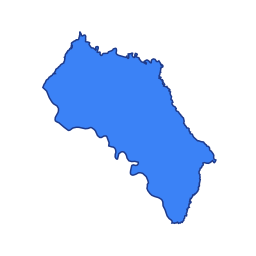 Belalcázar, Caldas, Colombia (Mercator projection), rotated 108°
{"feature_id": "7082276B3626983095163", "entity_name": "Belalcázar", "entity_type": "district", "adm_level": 2, "iso_a3": "COL", "parent_name": "Colombia", "parent_adm1": "Caldas", "projection": "mercator", "projection_center": [-75.815, 4.994], "detail": "fine", "context": "isolated", "style": "filled", "palette": "blue", "viewbox_px": 256, "rotation_deg": 108, "n_neighbors": 0, "source": "geoboundaries", "source_scale": "gbopen_adm2", "svg_char_len": 5735}
<svg xmlns="http://www.w3.org/2000/svg" viewBox="0 0 256 256"><g transform="rotate(108 128 128)"><path d="M166.4,42.1L165.4,42.2L164.7,41.9L164.1,42.0L163.3,42.6L162.6,42.7L162.2,42.4L161.7,42.7L161.2,42.2L160.2,42.4L159.5,42.9L158.9,42.8L158.4,43.2L157.0,43.0L156.3,43.3L154.7,43.3L154.4,43.5L154.4,43.9L153.8,44.3L152.6,44.2L150.9,45.1L150.1,45.1L149.4,46.3L147.4,47.0L145.6,46.6L144.0,46.9L143.3,46.0L142.6,45.8L141.4,45.9L140.8,45.4L140.0,45.1L139.4,45.2L138.2,45.9L137.3,44.7L137.2,42.4L136.7,40.5L135.3,39.0L132.9,37.5L134.3,35.6L134.3,35.2L133.1,34.6L131.3,34.5L131.2,36.1L130.9,36.7L129.4,37.5L127.4,38.0L126.3,39.0L124.6,41.3L124.2,42.0L124.1,42.8L123.5,43.6L121.8,44.3L121.1,45.1L120.7,45.9L120.8,47.6L119.9,48.2L119.6,49.4L119.0,50.2L119.0,50.6L118.2,51.4L118.0,51.9L118.4,54.5L118.3,56.9L118.6,57.4L118.4,58.4L116.5,62.6L115.7,63.6L114.1,64.9L114.1,67.0L113.3,67.6L112.6,67.4L112.4,68.5L112.0,68.6L111.2,69.3L109.8,69.7L109.5,70.6L109.7,72.2L108.5,73.3L107.6,75.0L106.8,75.4L106.6,76.1L106.3,76.5L104.2,76.7L101.3,78.4L100.9,79.6L100.2,80.4L99.9,81.4L99.0,82.1L98.5,83.4L97.2,84.9L96.9,85.6L96.9,87.0L96.6,87.5L95.5,88.4L94.8,88.1L94.4,88.2L94.2,89.0L93.4,89.6L93.0,91.8L91.7,93.5L90.3,93.9L90.0,93.8L89.7,93.3L87.9,94.6L87.8,95.7L87.4,96.0L84.7,96.3L83.5,97.7L82.0,98.7L81.3,98.8L80.6,98.7L80.0,100.6L79.7,100.6L79.1,99.9L78.7,100.0L78.0,101.4L77.8,102.5L77.1,103.1L77.2,103.5L76.5,103.9L77.0,104.7L77.1,107.1L76.3,107.1L75.6,106.6L75.2,106.6L74.8,107.2L75.7,108.0L75.6,108.4L74.8,109.0L73.7,108.5L73.6,109.0L73.1,109.1L73.0,109.8L72.4,110.0L72.1,109.6L71.5,110.3L71.9,111.1L71.4,112.3L69.7,112.3L69.7,112.7L70.8,113.1L71.1,113.7L71.0,114.0L69.7,113.5L69.3,113.7L69.4,114.3L68.5,114.6L67.6,114.3L65.6,114.6L64.8,114.1L64.3,114.7L62.4,114.9L61.1,115.4L60.7,115.0L60.0,115.1L60.0,114.6L59.2,113.9L58.7,114.2L58.3,113.9L57.7,114.4L57.3,115.4L58.0,115.5L57.8,116.2L56.3,117.3L54.6,119.4L55.6,120.1L55.9,121.1L55.7,121.8L54.4,123.4L54.4,124.9L54.6,125.4L55.9,126.5L57.1,126.6L58.6,126.1L59.0,126.3L58.9,127.2L57.9,128.7L57.4,130.4L57.7,131.5L58.9,132.4L59.4,133.1L60.0,133.2L60.3,132.9L60.3,131.0L60.5,130.6L61.4,130.5L61.5,131.1L61.0,132.6L60.8,135.9L59.6,137.4L59.3,138.4L58.4,138.7L57.9,139.3L57.8,142.0L57.7,142.3L56.8,142.5L55.9,142.0L55.1,142.0L54.7,142.5L54.7,143.7L54.8,144.0L56.1,144.1L58.5,143.5L59.1,144.0L58.9,145.1L57.8,146.5L57.0,146.7L56.1,146.5L55.5,146.7L55.5,147.3L56.6,148.6L57.5,150.7L58.0,150.6L58.5,149.8L60.9,149.0L61.5,149.1L61.8,149.5L61.4,150.5L59.8,151.1L60.0,151.4L61.0,151.7L61.5,152.1L61.8,159.4L61.5,161.1L61.0,161.9L60.3,162.5L58.1,162.8L56.7,163.4L56.1,163.9L56.1,164.7L57.4,166.4L58.4,166.6L59.6,167.5L61.6,170.1L62.8,170.3L63.3,170.6L64.7,174.4L65.6,175.1L66.7,175.2L67.1,175.5L67.3,176.3L66.5,177.4L64.9,177.8L64.5,178.3L65.4,180.0L65.3,180.8L61.1,181.0L60.1,181.5L60.0,182.3L60.4,183.1L61.1,183.7L61.9,183.5L63.1,182.6L63.9,182.8L62.7,185.6L63.0,187.7L60.8,190.6L60.4,190.9L58.9,190.8L58.7,190.9L58.6,192.8L59.0,194.4L58.9,195.0L58.5,195.3L57.4,195.4L56.0,196.0L54.0,196.5L53.2,197.1L53.0,197.5L53.1,198.4L54.5,199.7L54.6,200.1L54.4,200.7L53.0,201.7L51.2,203.7L54.2,202.6L55.1,202.7L55.8,202.3L56.6,202.6L58.7,202.3L59.5,202.8L60.1,204.5L61.2,205.0L62.0,206.1L64.5,207.9L65.6,207.8L66.8,206.5L67.0,206.6L67.1,207.3L67.5,207.4L67.9,206.2L68.3,206.1L69.0,207.1L69.4,206.3L69.9,206.4L70.3,206.8L70.7,207.9L71.9,208.0L73.1,209.1L74.1,209.0L74.9,209.7L75.6,209.4L76.2,209.9L77.4,210.2L78.1,210.2L79.4,209.8L80.4,210.4L80.9,209.6L81.4,209.7L81.8,209.4L82.6,209.4L84.0,209.1L84.9,209.4L85.9,209.2L87.9,211.0L89.0,211.7L90.2,212.0L91.4,212.9L92.3,213.1L94.4,214.7L96.4,214.7L97.6,215.0L98.3,214.7L98.5,215.0L98.8,214.2L98.9,214.4L98.7,214.8L99.2,215.0L99.5,215.9L101.4,216.5L102.5,217.3L102.6,217.7L103.3,217.9L104.1,218.7L105.8,219.0L107.6,220.4L109.3,220.7L110.2,220.6L112.3,221.3L115.8,221.5L118.0,216.8L123.5,212.2L126.9,208.2L128.0,206.3L128.9,202.4L130.8,200.2L133.0,199.5L134.7,199.3L140.4,200.4L142.7,199.9L143.7,199.2L144.1,197.8L144.4,195.2L147.1,188.8L148.7,184.0L148.4,183.2L147.8,182.4L145.5,180.8L144.7,179.9L143.2,177.2L142.5,174.8L141.9,168.4L140.8,165.9L139.2,163.9L138.9,162.8L139.7,160.1L140.3,158.9L140.9,158.0L144.6,154.7L145.7,152.1L145.4,150.7L145.1,150.2L143.2,148.5L142.7,147.5L142.4,146.5L142.6,145.6L147.9,141.4L151.0,140.8L151.0,138.1L150.7,135.9L151.3,134.3L152.5,133.1L154.8,132.0L156.9,132.0L159.5,131.3L160.5,130.3L161.0,129.3L161.0,128.8L160.7,128.4L155.3,128.8L152.8,127.0L152.2,125.7L152.2,124.3L153.2,122.4L154.8,120.9L156.9,119.6L158.8,117.2L158.9,116.8L158.8,114.1L157.6,111.2L157.4,107.7L158.2,107.3L159.3,107.3L160.2,107.6L160.7,108.1L161.3,109.3L161.4,111.5L162.2,112.6L162.8,112.8L168.1,112.3L169.8,111.9L170.8,111.4L171.2,110.8L171.5,109.5L171.1,108.3L169.6,106.3L167.3,104.1L166.7,102.2L166.6,100.0L168.6,95.6L172.0,92.7L174.0,91.6L175.6,92.2L177.4,91.6L179.6,91.3L181.5,89.7L183.5,86.9L184.6,84.6L184.9,81.6L184.8,77.8L185.0,76.4L185.4,74.7L186.0,73.4L187.6,72.0L191.2,70.6L194.3,67.5L199.0,64.0L199.6,63.5L201.4,60.9L202.3,58.2L202.8,57.5L203.9,56.9L204.8,56.9L204.3,55.6L204.3,54.4L203.7,53.9L203.6,53.0L202.3,52.0L202.3,51.5L202.9,51.1L203.1,50.5L202.5,50.0L202.1,48.7L200.9,48.3L200.9,47.2L200.0,47.1L198.6,46.4L197.4,46.8L196.2,46.3L194.2,46.8L193.5,46.2L193.6,45.4L193.5,45.2L192.2,45.4L191.2,46.2L189.5,45.9L188.7,46.2L187.9,46.1L187.1,46.9L186.5,46.1L185.3,46.2L184.5,45.2L183.8,46.0L181.9,46.2L181.6,46.5L181.0,45.9L180.3,45.9L179.8,45.3L179.0,45.1L178.3,45.9L178.9,46.3L179.0,46.7L177.9,46.6L177.6,46.9L177.1,46.8L176.9,46.9L176.4,46.5L175.7,46.9L175.3,46.0L174.8,46.0L173.0,45.4L171.8,45.8L171.0,44.8L171.3,44.5L170.4,43.8L169.7,44.0L169.1,43.2L167.8,42.6L166.7,42.4L166.4,42.1Z" fill="#3b82f6" stroke="#1e3a8a" stroke-width="1.5"/></g></svg>